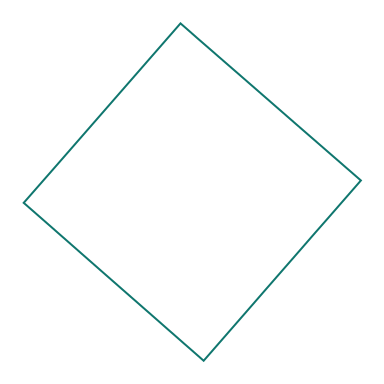 Quemú Quemú, La Pampa, Argentina (Natural Earth projection), rotated 311°
{"feature_id": "61730980B51204300351665", "entity_name": "Quemú Quemú", "entity_type": "district", "adm_level": 2, "iso_a3": "ARG", "parent_name": "Argentina", "parent_adm1": "La Pampa", "projection": "natural_earth1", "projection_center": [-63.682, -36.13], "detail": "fine", "context": "isolated", "style": "outline", "palette": "teal", "viewbox_px": 384, "rotation_deg": 311, "n_neighbors": 0, "source": "geoboundaries", "source_scale": "gbopen_adm2", "svg_char_len": 530}
<svg xmlns="http://www.w3.org/2000/svg" viewBox="0 0 384 384"><g transform="rotate(311 192 192)"><path d="M72.5,263.7L72.5,266.2L72.4,285.6L72.4,292.2L72.3,311.4L72.3,311.5L75.1,311.5L142.9,311.6L157.3,311.6L167.9,311.6L214.7,311.7L238.0,311.7L242.3,311.7L258.8,311.8L310.6,311.9L310.9,311.9L311.5,311.9L311.5,293.6L311.5,226.7L311.6,163.2L311.6,95.4L311.7,76.9L311.7,72.7L311.1,72.7L267.0,72.6L120.4,72.3L73.4,72.1L73.3,103.2L72.9,175.5L72.6,248.4L72.5,263.7L72.5,263.7Z" fill="none" stroke="#0f766e" stroke-width="2"/></g></svg>